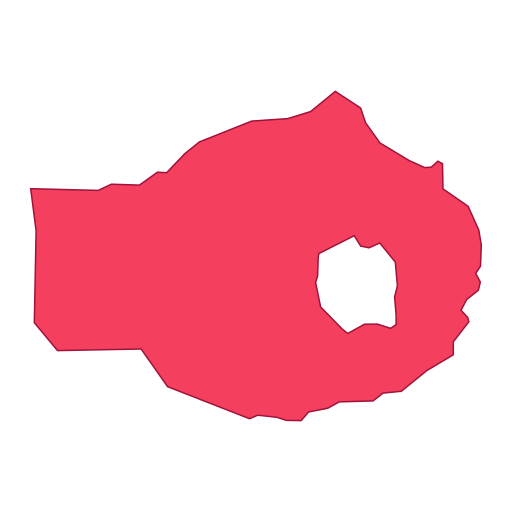 outline of Tahoua, Tahoua, Niger
{"feature_id": "23599985B71026362524800", "entity_name": "Tahoua", "entity_type": "district", "adm_level": 2, "iso_a3": "NER", "parent_name": "Niger", "parent_adm1": "Tahoua", "projection": "robinson", "projection_center": [5.148, 14.985], "detail": "fine", "context": "isolated", "style": "filled", "palette": "rose", "viewbox_px": 512, "rotation_deg": 0, "n_neighbors": 0, "source": "geoboundaries", "source_scale": "gbopen_adm2", "svg_char_len": 1002}
<svg xmlns="http://www.w3.org/2000/svg" viewBox="0 0 512 512"><path d="M257.8,415.2L276.8,417.3L286.6,420.4L301.2,420.6L308.6,412.0L328.0,408.1L339.1,401.9L373.1,400.9L383.0,393.1L401.3,391.3L426.9,370.5L453.3,354.8L453.3,341.8L468.8,321.8L467.8,317.6L461.0,310.2L466.7,299.5L478.4,290.2L480.3,282.1L475.7,273.4L480.5,266.2L481.3,245.0L478.8,230.1L468.1,206.3L443.0,188.9L442.5,163.7L437.9,161.2L431.3,167.1L424.7,167.6L409.3,160.6L380.0,143.0L365.6,122.8L360.6,108.0L335.3,91.4L310.5,111.6L287.7,118.6L251.6,121.1L199.4,141.9L185.0,153.5L166.6,172.7L157.4,172.2L139.4,185.1L111.4,184.2L98.2,190.4L30.7,188.7L36.1,230.9L34.3,322.7L48.8,340.1L57.5,350.6L141.1,349.0L167.6,386.7L249.5,418.7L257.8,415.2ZM360.7,246.1L369.1,247.8L379.8,243.0L395.3,262.1L397.4,285.9L394.6,296.9L396.1,314.8L396.1,324.6L390.5,328.3L377.4,324.1L364.5,324.2L347.7,333.5L342.0,328.8L320.6,306.9L315.6,282.4L317.6,276.1L318.2,257.5L318.8,253.6L354.2,235.7L360.7,246.1Z" fill="#f43f5e" stroke="#9f1239" stroke-width="1.5"/></svg>